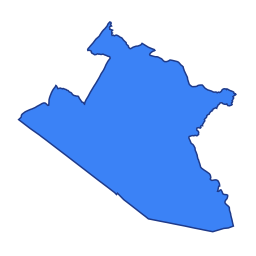 the district of Emurua Dikirr, Rift Valley, Kenya, rotated 178°
{"feature_id": "3690345B94519254853834", "entity_name": "Emurua Dikirr", "entity_type": "district", "adm_level": 2, "iso_a3": "KEN", "parent_name": "Kenya", "parent_adm1": "Rift Valley", "projection": "mercator", "projection_center": [35.07, -1.004], "detail": "fine", "context": "isolated", "style": "filled", "palette": "blue", "viewbox_px": 256, "rotation_deg": 178, "n_neighbors": 0, "source": "geoboundaries", "source_scale": "gbopen_adm2", "svg_char_len": 5797}
<svg xmlns="http://www.w3.org/2000/svg" viewBox="0 0 256 256"><g transform="rotate(178 128 128)"><path d="M141.8,61.9L140.8,63.2L134.7,56.5L131.3,53.7L125.9,49.2L117.2,41.9L113.2,38.6L110.8,36.5L106.1,35.4L96.7,33.2L95.4,32.9L92.2,32.2L85.6,30.6L74.8,28.1L65.2,25.7L58.3,24.1L55.9,23.5L46.9,21.4L35.8,24.3L31.2,24.6L26.1,26.3L26.7,29.1L27.3,32.5L28.1,36.1L28.4,37.7L28.4,38.5L28.7,39.7L29.0,40.7L29.2,41.4L29.4,42.2L29.5,43.1L29.5,44.8L29.9,45.7L31.0,46.9L31.7,47.5L32.3,48.0L33.2,49.1L33.7,49.9L33.7,50.8L33.3,51.8L32.7,52.7L31.6,53.8L31.3,54.5L31.0,55.4L30.7,56.6L30.8,57.4L31.7,57.9L34.1,58.2L35.1,58.6L35.7,59.5L36.2,61.0L37.2,62.9L38.0,62.9L38.6,62.2L39.7,61.5L40.7,61.6L40.4,62.5L39.4,66.6L38.4,66.8L38.5,68.7L39.1,70.5L40.1,72.3L41.5,73.0L42.6,73.1L43.8,73.0L44.8,72.8L46.1,72.7L46.9,73.2L47.5,73.7L47.5,74.5L47.0,75.3L47.1,76.5L47.4,78.0L47.8,78.7L48.2,79.4L50.6,81.3L53.9,83.7L55.8,85.2L56.8,86.4L57.0,87.4L57.2,88.3L57.5,89.5L57.9,90.9L58.2,91.8L58.4,92.5L58.7,93.8L59.3,94.9L59.5,96.2L59.7,97.2L59.8,98.2L60.0,99.1L60.3,99.8L60.5,100.6L60.8,101.5L61.3,102.6L61.5,103.3L61.7,104.1L61.7,105.1L61.8,105.9L62.2,106.6L62.7,107.7L63.2,108.5L63.7,109.2L64.6,109.9L65.4,110.5L66.5,113.4L67.4,115.5L67.5,116.5L67.1,117.4L66.2,117.6L65.0,118.0L63.5,118.2L62.5,117.9L61.3,118.3L60.1,118.1L59.4,117.8L58.5,118.5L57.7,119.0L57.7,120.3L57.5,121.2L57.8,122.0L58.4,122.8L59.1,123.1L59.4,124.4L59.1,125.5L58.4,125.8L57.4,125.9L56.4,125.5L55.6,125.4L55.1,126.0L55.5,126.8L55.0,127.6L54.2,127.8L53.4,127.7L53.5,128.5L53.2,129.3L52.7,129.9L52.2,130.7L51.7,131.6L51.1,132.2L51.0,132.9L51.4,133.8L50.6,134.7L50.0,135.2L49.3,135.8L48.9,136.6L48.9,137.5L48.2,138.2L47.3,138.7L46.4,139.0L46.0,140.0L45.4,140.8L44.7,141.5L44.1,141.9L43.4,142.1L43.3,142.9L42.6,143.1L42.0,144.3L40.9,144.5L39.9,145.1L38.7,144.6L38.6,145.3L38.0,146.1L37.5,147.1L37.2,147.8L36.3,148.4L35.6,149.0L35.1,149.8L34.2,150.0L33.2,149.9L32.6,149.2L31.6,148.7L30.7,148.4L29.9,148.3L29.1,148.2L28.4,148.6L28.0,147.8L27.4,146.9L26.6,146.8L25.8,146.6L24.7,147.0L23.7,147.3L23.1,147.9L23.6,148.9L23.6,149.7L22.9,150.1L22.6,150.8L23.0,151.7L22.5,152.2L22.1,152.9L21.8,153.8L21.3,154.3L21.7,155.0L22.1,155.6L21.4,156.2L20.4,156.8L19.7,157.2L19.0,157.7L19.4,158.5L20.2,158.4L20.9,158.9L20.9,159.9L21.7,160.6L22.8,161.1L23.6,161.5L24.4,161.7L25.4,162.3L26.2,162.7L27.0,163.3L27.8,163.6L28.2,163.0L28.8,163.5L29.8,163.8L30.8,163.8L31.9,163.4L32.6,162.9L33.0,162.3L33.3,161.6L33.9,161.1L34.7,160.5L35.4,160.3L36.0,160.7L36.8,160.5L37.7,160.1L38.3,160.7L39.2,160.9L40.5,160.8L41.2,160.9L42.4,161.5L43.5,162.1L44.7,162.5L47.2,163.4L49.2,164.8L50.0,165.5L51.5,167.5L52.2,168.3L53.0,168.4L54.5,168.4L56.0,168.2L56.7,168.0L57.7,167.3L58.5,167.2L59.6,167.0L60.4,167.1L61.6,167.0L62.7,167.2L63.9,168.2L64.8,169.0L65.4,169.9L66.1,172.4L66.7,174.5L66.9,176.6L68.0,179.1L69.8,183.3L70.0,184.1L70.6,186.1L70.7,187.1L71.6,188.1L72.9,189.2L74.6,191.3L75.4,192.1L76.6,192.7L78.7,193.3L80.8,193.9L82.1,194.2L83.6,194.5L84.5,194.0L85.4,193.5L87.0,193.0L88.0,193.0L89.2,193.1L90.4,194.1L91.0,194.8L91.7,195.7L92.7,196.4L93.6,196.8L95.5,197.9L96.6,198.2L97.8,198.2L99.5,198.6L102.0,199.4L103.4,199.8L103.8,200.8L103.2,201.8L102.1,202.8L100.4,203.9L99.4,204.1L98.4,204.6L99.0,205.5L100.6,206.1L104.8,208.0L106.0,208.8L108.1,210.2L109.6,211.2L111.0,212.1L111.6,211.3L112.6,210.4L113.5,210.2L114.5,209.8L115.7,209.5L116.9,209.5L117.7,209.3L118.7,209.0L119.7,208.7L120.7,208.3L121.5,207.7L122.2,207.4L123.1,207.2L123.9,207.9L124.7,208.8L124.7,209.8L125.2,210.5L126.0,211.1L126.7,211.9L126.8,212.6L126.9,213.4L127.7,214.2L128.6,215.1L129.3,215.9L129.9,216.6L130.3,217.3L130.9,218.1L131.7,218.6L132.4,218.9L133.2,219.4L133.9,220.0L134.7,220.5L135.4,220.9L136.6,221.3L137.6,220.9L138.5,220.6L139.6,221.3L140.6,221.0L140.9,221.9L141.0,222.8L140.3,223.5L140.9,223.9L141.0,224.7L140.8,225.6L140.0,226.3L140.9,226.8L141.8,226.9L142.8,227.3L142.6,228.0L143.0,228.9L142.7,229.9L142.0,230.2L140.9,230.5L141.4,231.3L141.8,232.0L141.6,232.7L141.1,233.4L141.6,234.3L142.5,234.6L144.2,232.9L145.4,230.6L147.8,227.9L149.0,226.9L150.6,225.1L152.6,222.3L153.3,221.1L153.9,220.4L155.3,219.3L157.0,217.9L159.9,214.3L161.7,212.4L163.2,210.8L163.9,209.9L164.8,209.1L165.3,208.4L165.6,207.6L165.4,206.9L164.3,207.0L163.4,206.8L162.7,206.5L162.0,205.9L162.0,204.9L161.4,204.0L160.4,203.5L159.7,203.0L158.8,202.4L157.5,202.5L156.8,202.8L155.8,203.2L154.7,202.8L153.9,202.9L153.3,202.6L152.2,202.4L150.8,202.7L149.8,202.5L149.1,202.0L148.3,201.7L147.2,201.3L146.3,200.8L145.3,200.3L144.2,200.1L143.6,199.5L143.4,198.3L144.1,197.4L145.3,196.0L146.1,194.8L147.8,192.0L149.1,189.2L150.5,186.6L152.2,184.2L152.8,183.4L154.7,179.9L157.1,176.1L158.7,173.6L160.6,170.9L164.3,165.2L166.7,161.0L169.0,157.5L170.2,155.1L170.6,153.4L171.2,153.9L171.6,154.7L172.2,155.3L173.1,155.4L173.5,156.2L174.2,157.1L174.7,158.1L175.3,158.8L175.7,159.7L176.2,160.6L176.4,161.3L177.3,161.6L178.6,161.7L179.7,162.1L180.4,162.3L181.2,162.5L181.8,163.1L182.4,163.5L182.9,164.5L183.9,165.5L185.0,165.9L185.8,166.5L186.2,167.2L186.9,167.7L187.6,167.8L188.2,168.3L188.7,168.7L189.6,168.9L190.4,169.3L191.2,169.7L192.0,169.4L192.6,169.8L193.4,169.8L194.4,170.3L195.7,169.9L196.8,169.8L197.1,170.9L197.7,171.8L198.0,172.5L198.6,173.0L199.3,171.7L200.5,170.3L201.8,168.6L203.2,166.1L204.6,162.9L205.3,161.1L205.9,159.0L206.2,155.1L206.5,153.5L207.4,153.4L208.7,154.8L209.9,155.8L211.1,156.0L212.9,155.5L215.3,154.2L218.2,152.8L220.1,151.7L223.3,150.4L225.0,149.9L227.3,149.0L230.1,147.8L231.4,146.9L232.1,146.4L233.1,145.7L233.9,144.8L234.2,143.8L234.3,142.9L234.7,142.2L235.3,141.7L237.0,140.2L225.6,130.8L216.5,123.9L215.0,122.6L211.0,119.4L202.0,112.0L193.0,104.6L191.5,103.4L184.4,97.5L175.7,90.3L170.0,85.6L167.6,83.6L160.0,77.3L151.5,70.4L143.6,63.9L141.8,61.9Z" fill="#3b82f6" stroke="#1e3a8a" stroke-width="1.5"/></g></svg>